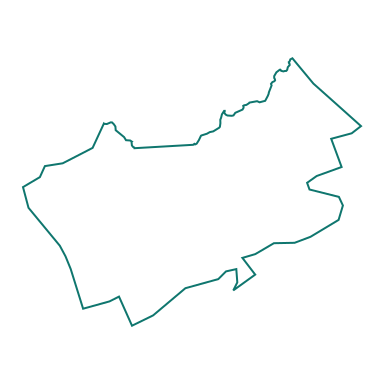 outline of Tazewell, Virginia, United States of America
{"feature_id": "52423323B83888441081601", "entity_name": "Tazewell", "entity_type": "district", "adm_level": 2, "iso_a3": "USA", "parent_name": "United States of America", "parent_adm1": "Virginia", "projection": "equal_earth", "projection_center": [-81.51, 37.135], "detail": "fine", "context": "isolated", "style": "outline", "palette": "teal", "viewbox_px": 384, "rotation_deg": 0, "n_neighbors": 0, "source": "geoboundaries", "source_scale": "gbopen_adm2", "svg_char_len": 1621}
<svg xmlns="http://www.w3.org/2000/svg" viewBox="0 0 384 384"><path d="M103.9,123.5L92.6,147.9L62.7,163.3L44.9,166.1L39.9,177.1L23.0,187.1L28.5,207.8L59.8,245.7L65.5,256.3L70.7,269.0L83.1,308.7L109.5,301.4L119.0,296.6L132.0,325.7L153.1,315.4L185.4,288.2L218.3,279.1L226.0,271.4L236.3,269.1L237.3,282.4L233.3,290.4L255.2,274.6L242.4,257.9L255.3,254.1L273.9,243.2L294.6,242.8L310.5,236.8L338.6,219.9L342.9,205.5L338.9,196.9L309.5,189.5L307.1,182.8L316.7,176.0L341.6,167.0L331.2,138.8L351.7,133.3L361.0,126.1L336.3,104.0L313.4,83.6L292.4,58.3L290.3,59.4L290.0,60.4L289.4,61.8L288.8,62.1L288.9,63.0L289.5,63.7L289.7,65.0L287.8,67.2L287.2,69.8L286.3,70.9L284.8,71.0L283.4,71.4L281.4,70.9L281.0,70.7L280.6,69.9L280.1,69.6L279.4,70.0L276.4,72.3L274.2,76.1L274.2,78.0L274.8,79.0L275.1,80.2L274.4,81.2L272.4,82.1L271.0,83.9L271.6,85.4L268.9,92.3L268.7,93.2L268.7,93.7L267.7,96.1L265.2,100.8L259.6,102.3L257.1,101.2L249.4,102.6L249.0,103.2L246.4,104.9L244.1,105.3L243.2,105.9L243.6,107.0L243.5,107.9L242.5,109.6L235.3,112.8L233.5,115.4L231.8,115.8L227.4,115.5L225.7,114.6L224.5,113.1L224.3,111.8L224.7,111.4L224.7,110.9L224.1,110.9L221.9,114.4L221.5,116.1L221.1,117.7L220.3,119.8L220.4,123.2L219.9,126.8L219.2,127.7L213.2,131.4L209.8,132.1L207.0,133.7L201.3,135.5L200.9,135.9L198.9,140.1L196.7,143.6L195.5,144.3L195.1,144.4L194.9,144.1L194.4,143.8L193.2,144.8L134.4,148.2L134.2,147.5L132.9,146.8L131.9,145.4L131.5,141.8L131.8,141.6L130.2,140.5L126.0,140.2L124.1,137.1L115.7,130.2L115.4,126.5L113.8,124.2L112.0,122.4L110.5,122.4L109.5,122.9L106.9,124.0L104.3,123.9L103.9,123.5Z" fill="none" stroke="#0f766e" stroke-width="2"/></svg>